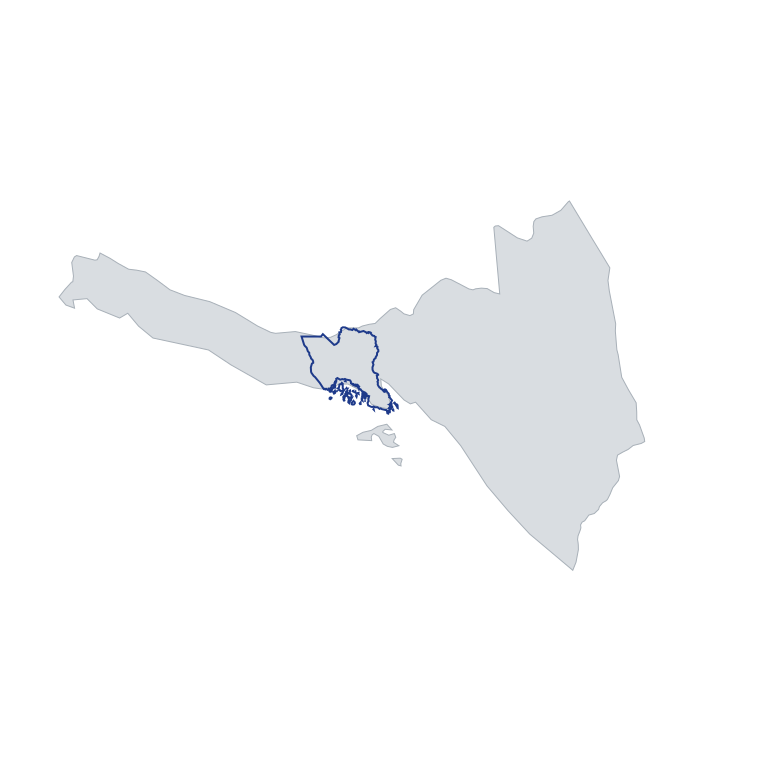 Ghelaelo, Semenawi Keyih Bahri, Eritrea shown in context, rotated 154°
{"feature_id": "51966322B44831299318058", "entity_name": "Ghelaelo", "entity_type": "district", "adm_level": 2, "iso_a3": "ERI", "parent_name": "Eritrea", "parent_adm1": "Semenawi Keyih Bahri", "projection": "natural_earth1", "projection_center": [40.103, 14.909], "detail": "fine", "context": "in_parent", "style": "outline", "palette": "blue", "viewbox_px": 768, "rotation_deg": 154, "n_neighbors": 0, "source": "geoboundaries", "source_scale": "gbopen_adm2", "svg_char_len": 8533}
<svg xmlns="http://www.w3.org/2000/svg" viewBox="0 0 768 768"><g transform="rotate(154 384 384)"><path d="M137.1,467.2L134.8,441.6L133.3,424.5L131.6,406.4L130.1,389.4L137.3,378.9L140.7,368.9L149.4,336.5L152.9,330.1L159.7,312.7L160.7,307.7L167.4,285.8L166.8,271.3L165.6,256.6L169.2,247.9L172.5,241.0L172.3,235.1L173.8,221.4L174.9,218.0L178.9,217.8L187.0,219.5L193.0,218.2L199.9,218.1L205.3,217.7L208.5,213.6L212.8,197.6L215.7,194.4L217.8,193.4L223.9,190.5L229.2,185.8L233.5,182.5L235.0,181.8L239.6,181.4L244.1,179.4L246.1,177.2L251.8,175.4L257.4,176.4L261.1,174.4L263.6,173.1L266.5,173.0L269.1,171.2L270.1,168.4L271.8,166.5L276.2,162.4L278.2,159.4L279.1,156.4L280.0,154.0L281.9,149.9L289.5,139.7L296.0,133.8L318.8,185.2L328.0,215.6L336.1,247.3L342.1,295.0L347.9,319.2L357.2,331.2L363.6,353.8L369.0,354.6L373.0,360.9L379.8,382.1L384.7,390.0L387.3,383.2L387.0,379.3L385.1,372.7L386.8,364.3L390.6,359.3L399.3,366.1L404.1,371.4L405.3,381.8L407.3,387.6L416.4,399.8L424.1,403.4L434.0,404.3L442.4,407.0L449.0,411.5L461.6,423.9L490.2,434.8L513.2,468.3L526.8,491.5L571.5,526.6L579.2,543.5L583.3,559.9L592.7,559.2L608.8,577.2L613.5,590.9L626.7,595.9L628.9,587.8L635.3,594.4L637.9,604.7L629.5,608.8L620.2,612.5L618.9,612.3L615.8,617.1L611.4,630.1L606.6,633.9L604.0,634.2L589.5,622.0L587.3,621.4L584.1,623.7L581.8,626.2L575.1,617.0L570.1,608.9L563.2,599.1L556.5,594.8L549.3,589.3L542.3,576.5L535.1,562.5L524.4,551.0L504.5,534.4L486.2,513.4L472.2,491.5L463.2,480.1L459.3,477.1L440.7,470.0L427.7,459.9L417.7,451.7L411.6,449.4L405.6,449.2L393.0,450.8L382.4,445.6L378.0,445.6L371.0,444.1L365.4,442.3L358.9,444.5L345.6,448.2L340.1,447.4L337.1,442.2L335.3,438.3L330.7,434.1L326.9,434.1L324.7,437.8L310.8,447.1L287.4,452.3L281.9,451.9L277.8,448.2L266.0,432.2L262.7,429.6L260.0,429.4L254.5,427.5L249.4,424.5L245.0,417.9L240.5,414.2L235.6,427.0L227.1,449.3L222.5,461.3L216.6,476.7L214.7,477.2L211.7,476.1L200.1,456.9L192.8,449.7L187.3,450.3L183.3,453.9L180.8,460.3L178.1,464.3L175.1,465.8L168.7,465.0L159.0,462.0L148.9,462.6L138.5,467.0L137.1,467.2ZM411.6,339.2L414.8,343.9L417.0,343.5L418.7,341.9L419.9,338.5L431.9,345.2L431.2,349.5L424.0,349.8L415.8,347.9L408.2,348.6L399.1,346.6L397.0,339.2L402.8,342.8L405.8,341.9L406.3,340.9L402.2,335.9L396.4,334.9L396.8,330.9L399.4,329.4L401.0,327.5L397.7,322.0L404.2,323.3L408.3,326.5L411.0,330.4L411.6,339.2ZM406.7,304.8L409.3,313.4L401.9,310.2L400.7,308.4L403.9,305.0L404.6,302.9L406.7,304.8Z" fill="#d9dde1" stroke="#a8b0b8" stroke-width="1"/><path d="M440.4,406.0L439.8,406.0L439.2,404.8L438.8,404.7L438.9,405.0L438.6,405.2L437.9,404.9L437.1,403.3L436.4,403.3L435.8,403.9L435.4,403.4L434.5,403.2L434.4,402.7L434.7,402.5L435.5,402.8L436.2,401.2L435.9,400.7L435.4,401.0L434.9,400.5L434.7,400.7L434.8,401.3L433.1,401.5L432.1,402.9L433.9,403.7L432.5,404.3L431.7,405.5L430.5,405.5L430.3,404.5L429.7,403.6L430.7,402.7L429.7,402.1L429.9,401.5L429.1,402.9L429.2,403.5L428.7,403.8L428.6,404.2L428.9,404.4L428.6,404.9L428.5,404.5L428.0,405.8L428.3,405.4L428.7,405.6L428.0,406.6L427.4,406.3L427.3,407.1L427.0,407.6L426.4,407.4L426.4,406.8L425.9,407.0L425.8,407.4L426.2,407.8L425.0,408.4L424.7,409.6L423.3,409.8L421.5,407.1L419.3,406.7L418.5,405.9L416.9,405.7L415.9,404.4L413.0,402.3L412.7,400.8L413.4,399.1L412.4,397.4L411.9,397.8L411.5,397.4L411.9,396.3L410.2,396.0L410.6,395.1L409.8,394.9L409.6,394.4L409.4,395.5L408.2,395.0L408.0,394.1L408.3,393.6L407.8,393.6L407.6,392.7L408.2,392.7L408.9,394.0L409.3,393.8L408.8,393.5L408.8,393.0L408.4,392.6L408.8,391.5L408.4,391.3L408.6,390.4L408.2,390.6L407.9,389.7L407.4,389.5L407.0,387.4L404.7,384.5L404.0,382.7L404.2,382.0L405.3,381.5L405.2,380.8L403.3,380.2L402.7,379.6L404.8,377.1L405.5,375.4L407.1,374.2L407.6,371.7L405.4,369.0L404.4,368.4L403.4,368.5L402.0,366.9L400.0,365.9L398.9,363.6L397.7,363.6L397.0,362.4L393.7,359.7L393.4,359.7L392.8,358.2L392.3,358.1L392.5,357.5L391.9,356.2L391.2,356.0L390.9,356.3L391.5,357.3L391.3,357.7L390.0,358.1L390.0,359.8L390.3,360.1L388.7,360.8L388.2,360.1L388.8,360.0L389.1,359.2L388.7,358.6L388.4,358.7L388.1,360.1L388.3,361.6L388.2,362.5L387.7,362.6L387.9,362.9L387.6,362.8L387.1,360.4L387.1,361.9L388.1,364.0L387.4,363.1L387.0,362.0L386.9,360.8L386.7,360.7L386.1,362.8L386.1,364.2L384.0,365.7L384.7,369.0L384.6,369.9L384.8,369.5L385.1,369.9L384.2,370.8L384.5,371.7L384.0,373.3L384.6,375.0L384.8,377.9L385.5,378.8L386.0,378.8L385.8,378.1L386.0,377.1L386.7,376.6L387.2,376.8L388.3,380.6L388.3,380.3L389.0,381.4L389.0,382.2L389.6,382.8L389.9,384.8L389.9,386.2L388.9,387.9L388.9,388.9L387.7,389.8L387.5,390.5L387.7,392.3L387.2,393.1L386.8,394.7L385.2,394.8L385.1,395.1L385.8,396.5L387.7,398.3L388.1,399.5L388.1,401.7L387.0,404.1L385.0,406.0L384.7,408.6L383.7,408.7L382.3,410.4L380.0,411.1L379.8,411.7L377.6,413.1L376.6,415.0L374.7,415.9L374.2,417.2L374.5,418.9L373.7,420.1L374.0,420.3L373.8,420.8L374.0,421.6L374.8,421.8L373.7,422.5L373.8,424.1L372.6,426.0L372.5,427.7L370.9,429.9L371.6,430.6L371.7,431.5L373.1,432.6L374.0,436.1L373.6,436.2L374.0,436.7L375.0,437.4L375.8,436.8L376.3,437.6L377.2,437.4L377.5,438.4L379.2,440.6L383.6,441.5L383.5,442.3L384.0,442.4L384.9,444.6L385.4,444.6L385.3,445.3L386.1,445.3L387.2,447.0L388.8,446.4L390.7,448.1L391.5,448.3L394.0,451.8L396.1,453.0L397.7,452.9L398.4,452.0L399.0,451.8L399.0,451.0L400.0,449.5L401.5,450.0L402.1,447.9L403.2,447.7L404.4,445.8L403.8,445.2L403.9,444.8L406.1,442.4L406.2,441.9L409.4,440.8L411.7,441.0L417.1,455.6L419.8,454.3L437.3,462.8L438.6,454.3L438.5,453.1L437.6,450.6L438.1,446.8L437.5,444.9L438.3,443.1L438.1,440.0L438.4,438.9L437.7,437.1L437.7,435.6L438.3,434.1L439.9,433.9L442.5,431.0L444.2,426.9L444.3,425.8L443.7,422.1L442.9,420.4L441.2,413.0L440.4,406.0ZM426.0,396.6L423.1,396.0L423.3,396.5L422.7,397.2L422.9,398.5L421.8,400.5L421.9,400.9L421.0,402.2L421.4,403.5L422.8,402.8L424.2,403.1L426.0,400.7L427.5,400.2L426.8,399.4L426.4,398.0L426.8,397.9L426.0,396.6ZM423.2,383.3L420.8,383.9L420.1,384.9L418.5,386.0L418.7,387.3L418.2,387.6L418.1,388.9L418.6,389.7L418.5,390.4L419.4,390.5L420.1,391.7L422.2,390.2L422.3,389.0L420.8,386.7L421.4,386.5L422.1,387.0L422.4,385.0L423.6,384.2L423.6,383.6L423.2,383.3ZM421.1,381.3L421.9,379.9L421.0,379.1L419.8,378.8L418.5,379.6L418.3,380.7L418.7,381.3L418.8,382.2L421.1,381.3ZM382.4,356.7L382.2,356.4L381.1,359.0L381.4,360.1L382.3,360.8L382.6,362.6L383.1,362.5L382.7,362.1L382.9,361.4L382.3,360.0L382.5,359.6L382.2,357.7L382.4,356.7ZM426.5,388.2L425.8,388.5L425.1,389.5L424.0,390.0L423.8,390.4L424.0,390.1L424.4,390.2L424.3,391.0L424.7,391.1L426.3,390.2L426.7,388.9L426.5,388.2ZM439.0,393.9L437.6,394.1L436.7,395.3L437.1,395.0L438.1,395.5L438.9,395.3L439.4,394.6L439.0,393.9ZM433.1,397.3L431.9,397.4L431.4,397.8L431.1,399.4L432.0,398.9L433.2,399.1L433.1,397.3ZM393.3,355.7L393.1,356.2L392.5,356.4L392.5,357.0L393.4,357.7L393.8,356.2L393.3,355.7ZM407.3,382.7L404.9,383.0L404.7,383.5L405.2,383.8L406.2,382.9L406.2,383.7L406.9,383.5L406.7,382.9L407.3,382.7ZM408.1,383.2L407.4,383.4L407.4,384.3L406.7,385.1L406.9,385.2L407.0,384.7L407.6,385.0L408.3,383.6L408.1,383.2ZM426.9,393.3L425.9,393.3L424.9,394.3L426.2,394.1L426.9,393.3ZM421.8,393.5L421.8,393.1L421.1,392.8L420.3,394.0L421.8,393.5ZM407.5,379.0L407.0,379.1L406.2,380.3L407.3,380.3L407.8,379.4L407.5,379.0ZM414.3,377.2L414.3,376.4L413.8,376.2L413.2,377.6L414.3,377.2ZM413.5,386.3L414.4,385.6L414.3,384.5L413.6,385.3L413.5,386.3ZM427.3,387.7L427.2,386.6L426.8,386.6L426.6,388.1L427.3,387.7ZM410.6,380.4L411.0,379.4L410.7,378.8L410.5,380.1L410.0,380.4L409.4,381.0L410.0,381.0L410.0,380.5L410.6,380.4ZM387.1,358.1L387.5,356.4L387.2,356.1L386.9,356.9L387.1,358.1ZM409.1,382.4L408.9,381.8L408.9,382.3L408.1,382.3L408.1,382.8L408.5,383.1L409.1,382.4ZM413.8,389.3L413.4,388.7L413.1,389.6L413.8,389.3ZM411.8,387.2L411.2,386.4L411.1,387.0L410.9,387.2L411.7,387.4L411.8,387.2ZM418.1,392.5L417.6,392.5L417.4,393.0L418.0,393.0L418.1,392.5ZM423.9,382.6L423.6,381.9L423.2,382.3L423.7,382.6L423.9,382.6ZM415.3,391.2L415.0,390.8L414.6,391.3L415.1,391.4L415.3,391.2ZM419.2,395.9L419.7,395.3L418.9,395.8L419.2,395.9ZM423.2,391.5L422.7,391.7L422.7,391.9L423.1,392.0L423.2,391.5ZM419.5,396.7L419.9,396.5L419.5,396.4L419.5,396.7ZM408.3,377.5L408.7,376.9L408.8,376.6L408.4,377.0L408.3,377.5ZM386.8,360.1L386.9,359.7L386.7,359.6L386.6,359.8L386.8,360.1ZM416.7,386.3L417.1,386.2L416.7,386.3ZM430.6,402.1L430.5,401.7L430.5,402.4L430.6,402.1ZM417.4,403.7L417.7,403.5L417.4,403.3L417.4,403.7ZM404.4,366.0L404.6,365.9L404.5,365.6L404.4,366.0ZM429.4,398.9L429.5,398.5L429.4,398.4L429.3,398.5L429.4,398.9ZM387.6,363.1L387.4,362.7L387.4,362.9L387.6,363.1Z" fill="none" stroke="#1e3a8a" stroke-width="2"/></g></svg>